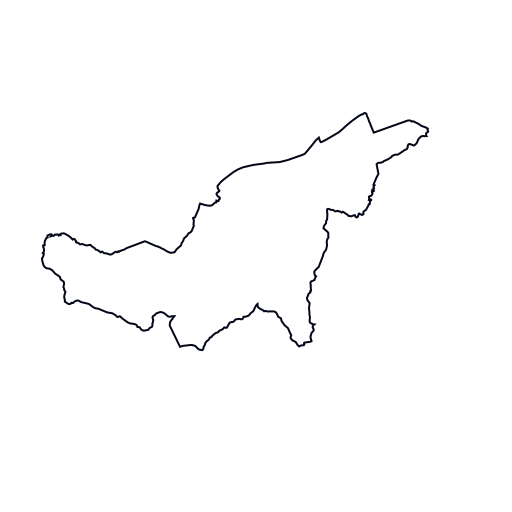 outline of Caluma, Bolivar, Ecuador, rotated 161°
{"feature_id": "8360857B21807845085638", "entity_name": "Caluma", "entity_type": "district", "adm_level": 2, "iso_a3": "ECU", "parent_name": "Ecuador", "parent_adm1": "Bolivar", "projection": "mercator", "projection_center": [-79.193, -1.597], "detail": "fine", "context": "isolated", "style": "outline", "palette": "ink", "viewbox_px": 512, "rotation_deg": 161, "n_neighbors": 0, "source": "geoboundaries", "source_scale": "gbopen_adm2", "svg_char_len": 6120}
<svg xmlns="http://www.w3.org/2000/svg" viewBox="0 0 512 512"><g transform="rotate(161 256 256)"><path d="M158.0,347.5L161.8,345.9L166.5,342.8L175.6,337.3L176.9,336.7L179.2,336.5L194.8,336.4L203.0,337.1L215.3,340.5L218.2,340.8L228.9,343.0L239.4,344.1L245.1,343.7L250.0,342.7L261.3,339.0L265.8,337.1L269.5,334.8L269.9,334.1L270.0,332.2L269.9,331.1L269.4,329.7L269.7,329.2L272.3,328.4L273.2,327.5L272.7,324.9L271.3,323.2L271.4,322.1L271.6,321.8L272.7,321.5L273.4,320.3L274.0,320.2L275.4,321.3L276.2,319.6L277.0,319.8L277.4,319.8L280.8,318.4L282.4,318.3L285.2,319.4L287.8,320.9L291.8,323.8L293.0,322.4L295.0,319.1L301.0,312.5L301.5,312.3L302.7,312.6L303.2,312.4L303.2,309.7L304.8,306.3L305.0,304.8L305.6,304.0L309.0,300.3L310.7,299.6L312.2,299.5L314.7,297.6L318.4,296.0L320.2,293.8L322.0,292.5L323.5,290.4L328.9,288.2L331.7,286.1L333.6,286.3L335.6,286.8L336.4,287.3L338.4,289.1L341.5,292.9L342.3,293.4L344.2,295.6L345.3,296.3L345.6,296.9L347.4,298.0L355.9,305.9L356.5,306.1L375.6,305.6L378.3,305.0L382.7,305.0L384.1,304.6L384.5,305.2L385.9,304.7L387.1,305.7L387.9,305.7L391.4,304.7L393.3,304.7L396.5,307.1L398.8,308.2L399.9,310.1L400.7,310.3L401.6,310.0L402.0,310.3L402.1,310.9L404.0,313.3L405.4,314.2L406.0,315.9L408.0,318.5L408.8,320.2L409.4,320.6L412.2,321.0L413.3,321.4L416.4,323.9L418.6,324.3L419.5,325.8L421.7,327.6L421.7,328.1L421.3,328.3L421.2,328.5L422.1,331.1L422.7,331.5L424.0,331.2L424.1,331.4L425.5,334.5L426.3,335.4L427.1,336.7L430.2,340.0L433.2,340.6L434.0,340.4L434.1,339.4L435.3,339.7L435.8,339.5L436.3,340.9L436.8,341.1L437.7,341.1L438.3,341.5L439.0,341.7L440.6,340.9L441.9,341.5L443.3,341.5L443.0,341.7L442.2,342.8L442.7,343.3L443.8,343.5L446.5,343.2L447.2,341.4L448.3,341.3L450.7,338.9L451.7,337.1L452.3,335.0L453.8,335.3L454.0,335.0L454.3,333.4L454.1,332.6L454.7,329.9L455.4,328.9L456.6,328.2L455.9,327.3L455.9,327.0L457.8,324.4L459.2,323.3L459.7,320.9L459.9,316.3L459.5,314.7L458.3,312.8L455.2,311.1L453.4,309.0L451.5,304.5L448.5,300.6L448.3,300.1L448.3,297.4L446.2,294.3L446.4,292.4L448.2,289.3L448.1,287.1L448.4,286.5L447.9,284.0L449.7,281.7L450.8,279.5L451.0,276.9L451.6,275.0L451.2,274.7L449.9,272.8L449.0,271.8L448.0,271.2L447.1,271.1L446.2,271.7L445.7,271.8L444.4,271.1L442.7,271.9L441.2,272.2L439.3,272.1L438.3,271.5L436.3,269.3L430.4,265.6L429.6,265.0L426.5,260.5L425.7,259.6L424.4,258.6L422.4,257.6L415.0,251.1L410.5,248.6L408.1,245.8L407.0,243.6L406.3,243.3L404.6,243.4L404.1,243.1L402.8,240.5L398.9,235.0L397.2,233.4L393.7,231.6L392.2,230.6L391.3,229.4L391.2,227.5L389.3,226.6L388.5,223.9L387.2,222.4L386.2,221.8L381.9,221.3L380.0,222.5L377.3,223.0L376.7,223.7L376.1,225.5L374.1,228.5L373.9,231.4L373.4,232.3L373.0,232.6L371.0,233.1L369.0,234.2L364.9,234.2L363.8,233.8L362.2,232.6L360.9,231.1L358.8,227.5L357.5,226.7L354.6,226.3L352.8,225.7L358.3,221.9L359.5,220.1L360.2,218.2L357.4,194.9L354.7,194.9L347.1,193.2L345.3,192.6L342.7,190.7L340.8,186.7L339.8,185.8L337.6,184.5L336.3,185.0L335.2,187.0L333.3,188.6L332.2,190.3L330.6,191.3L327.7,192.4L326.3,193.8L324.4,193.9L324.0,194.4L322.6,195.1L319.5,196.2L318.4,196.3L316.8,196.2L314.8,197.4L313.0,197.3L311.6,197.7L310.4,198.0L309.4,198.8L308.9,198.7L307.7,197.8L306.8,197.8L302.8,201.4L301.2,201.6L299.6,201.2L298.4,201.3L296.1,202.7L292.4,202.1L290.5,200.9L289.9,200.8L288.8,201.1L287.5,202.6L285.3,201.9L282.1,202.1L280.0,203.5L276.4,204.8L273.3,208.1L271.4,209.6L270.2,210.1L270.8,207.8L270.7,206.8L269.3,204.7L266.9,202.3L266.4,201.1L264.8,200.9L263.1,199.8L257.1,197.8L255.8,196.7L255.4,195.7L255.0,194.1L254.8,191.4L252.7,188.9L253.0,186.3L251.6,181.4L249.5,177.9L249.2,177.0L248.8,171.3L248.4,170.1L248.6,169.4L249.7,168.2L249.9,166.5L249.5,165.4L249.0,164.4L246.4,161.7L245.7,158.4L244.6,156.4L242.8,156.8L239.9,156.1L239.2,156.5L238.9,158.1L238.3,158.3L232.3,157.2L231.2,157.4L231.2,159.5L230.7,162.1L228.6,165.1L225.7,166.8L225.4,167.7L225.6,170.4L225.3,171.0L224.3,171.8L223.1,172.3L224.2,172.8L225.5,174.0L226.3,175.0L226.7,176.0L226.5,177.0L224.9,180.7L224.5,183.4L223.6,186.0L223.0,189.2L220.7,193.8L220.7,194.6L221.6,196.7L221.7,198.8L221.4,199.8L218.5,203.2L216.8,203.7L216.3,204.1L216.2,204.9L216.0,205.3L215.3,205.3L215.0,205.7L214.6,208.1L213.6,210.9L213.5,212.4L212.7,213.7L212.0,214.0L208.6,214.2L207.0,216.3L205.8,217.2L206.7,218.7L206.2,221.7L205.6,222.6L201.9,224.6L200.4,225.1L192.4,234.6L191.7,235.9L190.4,237.3L188.9,238.2L187.4,239.5L186.9,240.3L185.1,243.5L184.7,245.9L184.1,247.2L183.6,248.1L181.3,250.2L181.2,251.4L180.3,253.6L180.2,254.7L180.6,255.7L183.2,260.2L182.7,261.1L181.3,262.8L179.1,264.2L178.4,266.1L176.9,267.4L175.1,271.7L173.8,276.5L173.5,277.0L172.8,277.2L171.6,276.7L170.4,275.4L168.2,274.4L166.4,272.3L163.9,272.1L163.1,271.1L161.8,270.6L160.8,269.2L159.6,269.5L159.1,269.3L156.9,266.2L156.3,265.7L155.6,264.0L155.3,263.7L152.8,262.5L149.9,262.6L149.2,262.4L149.1,260.8L148.3,259.7L147.2,259.8L146.3,260.7L145.2,262.4L144.6,262.6L142.5,260.3L141.2,260.4L140.7,260.7L140.4,262.2L139.8,263.0L136.7,264.0L135.3,265.4L133.7,266.7L132.7,268.0L132.3,268.2L132.0,268.0L131.3,268.3L130.8,270.0L130.1,270.7L130.2,271.2L129.0,271.3L128.8,271.5L129.1,272.1L130.5,272.1L131.0,272.3L130.2,273.6L129.9,275.3L129.4,275.5L127.5,275.5L126.9,275.7L125.4,277.4L125.5,278.5L125.3,279.4L123.7,279.0L123.3,279.2L123.5,279.7L124.4,280.7L124.3,281.0L122.9,281.1L122.4,281.4L122.4,283.1L120.8,284.3L121.7,285.2L116.5,291.0L113.5,293.8L112.1,303.5L110.6,304.2L109.4,304.2L107.7,303.6L105.2,303.6L104.3,304.1L100.3,304.4L95.9,305.4L94.7,306.3L91.6,306.5L89.3,305.8L88.1,305.8L80.9,307.8L78.8,307.9L77.2,309.3L76.7,310.8L75.5,311.9L74.8,312.0L73.7,311.5L70.9,309.2L70.4,309.0L67.3,310.4L64.5,313.5L61.4,315.2L59.2,315.2L57.4,314.3L55.9,313.9L56.0,314.2L55.3,316.4L55.0,316.8L52.8,317.5L52.6,317.9L52.7,319.8L52.1,320.4L53.1,321.8L57.1,325.1L59.5,328.2L63.6,332.3L64.8,332.3L66.2,334.0L68.4,334.7L104.5,334.3L105.0,342.9L104.9,344.2L105.2,345.8L105.2,350.2L105.5,351.6L105.4,354.6L105.8,355.3L107.0,355.9L109.1,355.2L109.9,355.5L113.4,354.9L120.9,352.6L128.4,349.8L133.1,347.7L137.6,346.0L151.4,343.2L156.9,342.4L157.6,342.5L158.0,343.4L158.1,345.4L158.0,347.5Z" fill="none" stroke="#020617" stroke-width="2"/></g></svg>